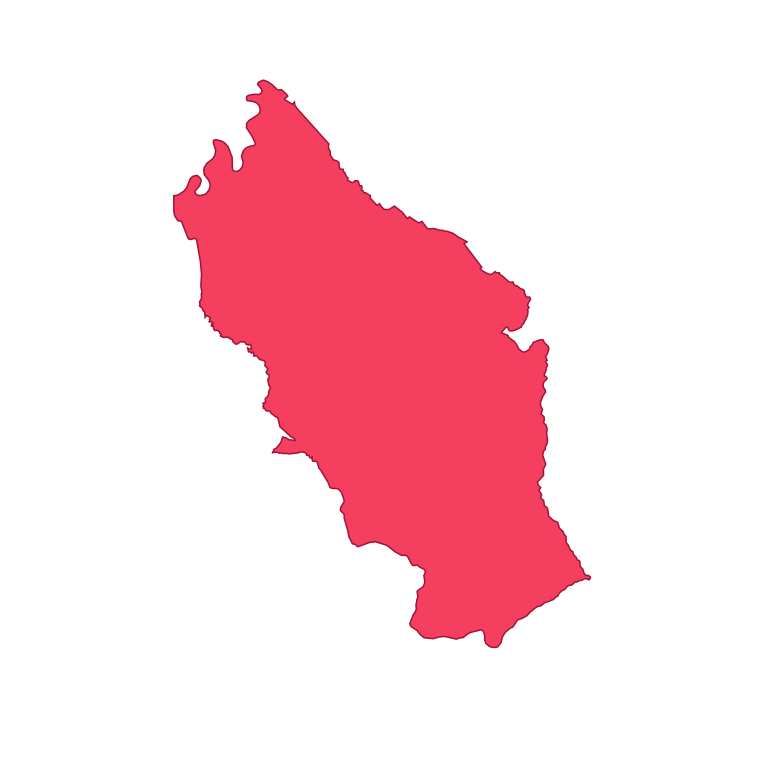 San Pedro, Valle del Cauca, Colombia, rotated 33°
{"feature_id": "7082276B32366816455434", "entity_name": "San Pedro", "entity_type": "district", "adm_level": 2, "iso_a3": "COL", "parent_name": "Colombia", "parent_adm1": "Valle del Cauca", "projection": "orthographic", "projection_center": [-76.202, 3.977], "detail": "fine", "context": "isolated", "style": "filled", "palette": "rose", "viewbox_px": 768, "rotation_deg": 33, "n_neighbors": 0, "source": "geoboundaries", "source_scale": "gbopen_adm2", "svg_char_len": 6170}
<svg xmlns="http://www.w3.org/2000/svg" viewBox="0 0 768 768"><g transform="rotate(33 384 384)"><path d="M662.6,436.7L662.9,434.5L661.9,433.4L660.1,433.2L657.3,434.5L655.0,433.9L651.8,431.1L647.8,430.0L644.9,426.1L643.7,425.8L642.0,426.3L639.3,424.6L636.1,423.9L633.7,421.8L631.0,421.8L625.8,418.6L623.0,417.7L620.0,412.9L616.7,411.8L614.7,410.3L609.5,409.3L605.0,405.4L600.4,406.2L594.3,405.2L589.0,399.3L587.6,398.7L585.0,398.9L581.4,394.8L577.6,394.4L576.3,390.7L572.0,389.0L571.8,385.5L568.9,385.0L566.1,382.7L567.6,373.7L564.1,368.6L563.3,363.1L555.9,357.3L554.4,353.6L554.8,351.1L553.8,349.3L553.1,344.8L551.7,341.9L547.3,337.0L545.4,333.0L542.6,330.4L538.8,329.4L537.9,326.6L536.0,324.3L532.1,323.6L530.7,318.9L527.1,316.8L525.2,314.1L523.8,307.4L523.9,302.9L522.8,301.4L519.7,300.1L517.9,298.1L517.0,295.4L517.9,290.9L516.8,289.8L514.4,289.6L513.2,288.9L512.7,284.7L511.3,282.3L510.9,279.2L510.2,278.4L507.7,277.7L507.4,276.4L508.0,275.3L504.8,273.2L504.4,268.8L503.1,264.7L501.4,263.0L496.0,262.0L493.4,260.3L490.7,262.0L486.6,267.6L486.9,271.1L486.2,273.1L486.9,274.4L486.8,276.2L485.5,279.3L483.7,281.3L481.4,281.6L477.8,281.1L474.2,278.9L470.3,277.4L463.2,277.1L461.5,275.7L454.4,277.1L455.4,269.9L457.0,269.3L459.8,271.0L461.0,270.8L464.5,267.7L468.2,261.4L467.5,259.9L468.2,257.5L467.1,248.5L465.2,244.5L463.9,243.5L464.0,240.9L461.5,239.8L460.8,237.2L460.9,233.3L458.8,231.7L457.0,233.1L455.6,233.3L452.5,231.3L450.8,229.2L448.4,229.0L447.4,229.7L441.6,229.3L439.6,230.2L436.5,228.2L435.5,229.4L433.0,230.3L424.3,228.9L422.1,229.2L420.1,227.9L417.9,229.4L415.8,229.3L415.0,232.6L413.6,234.2L410.9,235.0L405.1,235.5L401.9,235.0L402.4,232.8L374.7,222.8L376.2,219.5L365.4,220.3L360.0,220.0L354.0,221.5L351.0,223.0L349.6,223.0L347.4,224.6L341.3,226.3L336.2,230.2L327.3,226.9L325.4,230.0L314.3,230.0L313.5,232.6L305.7,230.0L295.8,229.1L293.2,234.9L291.2,236.2L289.0,237.4L285.6,236.8L282.1,235.2L280.8,238.0L270.8,235.5L270.2,233.5L264.2,233.6L263.1,234.6L261.0,233.3L259.6,233.7L258.3,230.8L257.1,230.0L255.8,231.1L252.0,228.0L250.9,228.0L249.0,229.3L248.3,231.8L247.4,232.5L242.3,233.0L241.7,230.9L239.3,230.4L235.8,227.9L234.8,228.3L232.8,226.2L230.0,227.7L227.5,225.5L226.1,223.3L225.0,222.7L223.4,222.5L219.4,223.5L214.2,221.2L212.6,218.6L208.5,215.9L207.0,212.7L161.8,200.5L157.5,198.9L155.3,196.3L154.9,199.2L146.1,199.6L145.3,199.0L146.5,195.0L144.5,194.1L137.5,193.0L135.5,194.8L134.2,195.3L127.4,193.9L122.0,193.8L117.9,194.6L116.6,195.6L114.9,198.4L114.3,199.9L114.8,201.5L121.0,203.6L122.4,205.3L122.6,206.6L121.6,209.2L117.2,211.8L113.3,215.5L112.5,217.0L112.6,218.3L113.7,220.3L115.1,220.8L120.6,218.3L124.3,217.6L128.0,218.7L130.9,221.6L131.9,224.0L131.7,226.8L127.2,236.4L126.9,240.3L129.1,244.0L138.2,248.0L145.0,252.1L145.4,254.5L142.2,257.5L139.8,260.9L139.0,264.7L140.1,269.7L140.8,271.0L144.6,274.2L145.8,275.9L146.9,279.3L146.2,283.8L145.2,285.3L143.9,286.5L141.9,287.1L139.7,286.1L133.3,276.7L124.2,270.0L119.3,268.6L116.0,268.6L109.8,270.6L108.3,272.6L109.5,274.7L115.5,279.6L117.6,284.2L117.6,288.5L115.3,295.4L115.4,300.3L116.2,302.5L119.2,306.3L125.8,308.5L129.0,310.8L130.5,312.8L131.6,316.8L131.2,320.9L130.1,323.1L126.4,326.7L123.6,327.2L121.3,326.5L120.5,325.2L121.4,318.0L120.0,313.1L118.4,311.7L114.7,310.8L113.2,311.1L110.4,314.2L109.7,317.8L111.6,326.3L111.2,330.9L109.0,336.4L107.1,339.0L105.1,340.5L113.9,353.9L116.8,356.9L120.4,358.7L122.9,359.2L125.2,357.7L140.8,368.8L143.3,368.0L145.9,365.0L147.6,364.7L149.0,365.9L163.2,381.2L171.1,391.2L177.2,401.8L181.6,406.5L181.7,408.0L184.3,411.6L184.6,415.8L186.3,417.3L186.7,419.0L190.4,419.4L192.3,421.0L194.2,421.2L197.7,425.6L197.9,423.1L202.4,423.1L202.4,424.9L203.8,426.1L203.3,426.8L203.8,427.1L204.9,425.7L207.5,426.0L207.6,427.4L206.7,427.6L207.5,429.3L208.4,429.2L209.1,428.3L211.1,430.5L212.9,431.3L215.1,429.8L217.7,429.8L218.7,431.0L219.7,430.7L220.7,431.3L220.5,432.6L221.3,432.9L223.0,432.3L223.5,432.7L228.3,429.3L229.3,430.1L232.6,429.3L234.6,431.0L238.1,431.3L239.5,429.9L240.6,426.6L244.7,424.6L246.6,425.7L249.1,425.2L250.4,423.4L253.8,426.7L251.9,428.0L250.0,428.0L252.8,430.8L254.7,429.8L256.0,430.3L257.1,428.4L259.8,431.5L261.8,429.7L266.4,431.2L270.6,429.8L272.5,430.3L274.2,433.6L278.3,434.4L278.7,438.2L279.7,438.9L282.7,439.2L284.2,441.2L284.0,443.3L287.9,447.7L290.5,448.6L291.5,453.3L292.8,455.3L293.2,457.7L292.4,461.0L294.5,463.9L293.0,466.2L294.5,466.6L294.5,468.5L295.7,468.9L295.8,469.9L297.9,469.8L299.7,470.7L302.8,469.0L305.2,470.0L311.3,470.5L313.2,470.0L320.0,476.5L335.1,479.0L338.8,478.5L340.1,479.8L334.8,482.4L330.8,482.6L327.8,483.7L329.2,488.7L329.2,491.5L328.7,496.1L327.3,498.8L328.0,502.3L331.1,499.5L334.0,499.0L335.5,497.7L337.4,497.3L338.9,496.0L342.9,494.0L349.9,488.2L350.6,486.7L354.4,484.6L356.6,484.6L358.0,485.9L359.8,484.8L361.9,486.2L362.8,485.8L363.5,484.3L364.8,486.6L366.3,487.5L369.3,485.8L370.7,486.0L375.4,490.1L377.6,490.6L391.6,497.5L394.9,500.2L397.0,499.9L402.4,496.9L406.8,497.8L412.5,502.0L414.7,504.4L414.9,511.0L416.0,513.3L417.0,514.1L420.8,514.7L421.9,515.5L423.9,518.4L433.2,526.4L438.0,531.4L444.5,535.2L447.5,534.2L450.1,534.8L451.2,534.2L458.0,525.0L462.7,521.0L472.8,518.1L475.8,517.8L484.5,518.7L492.2,518.2L495.1,516.0L497.5,515.7L505.8,520.4L506.7,520.4L508.0,520.0L510.4,517.7L514.1,518.1L519.2,517.5L521.1,519.1L521.8,523.0L525.9,527.5L526.6,529.4L527.3,532.7L524.7,539.2L524.9,540.2L528.5,544.1L528.9,546.4L531.3,552.2L533.7,555.1L534.3,558.2L534.2,561.6L536.2,571.1L538.8,572.7L546.0,572.7L549.6,574.1L555.8,575.0L563.8,570.9L568.2,566.0L572.3,562.7L583.6,558.6L586.0,555.5L588.4,553.7L590.6,547.3L592.0,545.1L599.2,537.4L601.1,537.1L603.4,538.2L606.1,541.0L607.5,543.5L610.7,546.1L615.6,546.7L618.6,545.7L621.6,543.7L622.7,542.1L622.9,536.9L621.1,531.8L620.9,526.6L622.8,519.9L624.0,518.5L624.5,516.7L624.4,509.3L627.5,505.3L630.1,500.4L630.7,496.1L632.9,489.4L634.2,486.8L636.7,484.2L636.5,482.9L637.6,481.6L637.6,479.9L640.1,477.3L643.6,472.1L644.0,469.6L645.3,467.2L644.8,465.3L645.6,461.0L647.5,457.8L647.9,453.9L648.7,452.3L651.0,450.3L652.0,446.2L653.8,444.9L654.5,443.0L656.8,440.9L658.4,437.9L660.3,436.9L662.6,436.7Z" fill="#f43f5e" stroke="#9f1239" stroke-width="1.5"/></g></svg>